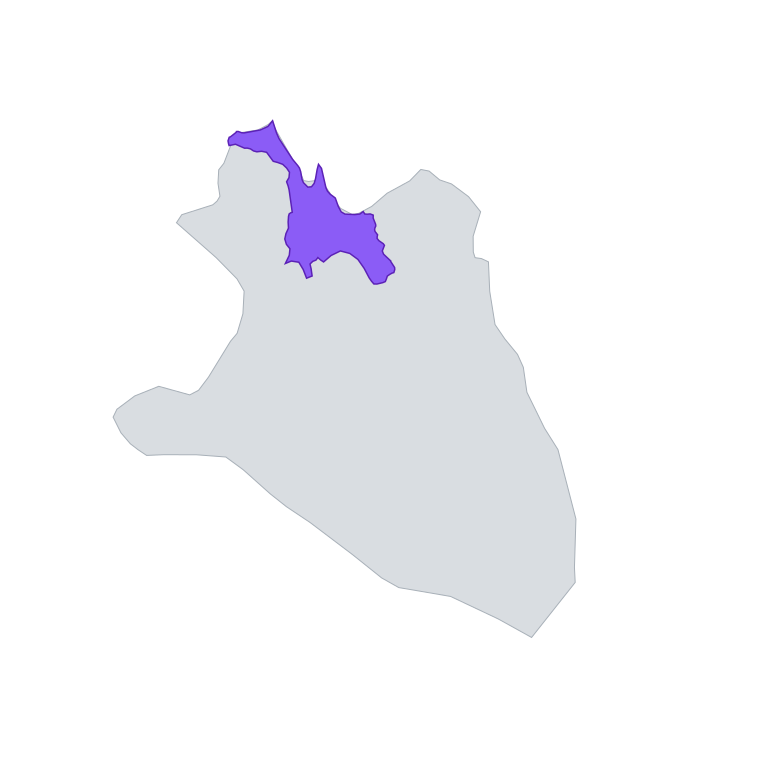 where Muyinga sits in Burundi, rotated 307°
{"feature_id": "BDI-2644", "entity_name": "Muyinga", "entity_type": "Province", "adm_level": 1, "iso_a3": "BDI", "parent_name": "Burundi", "parent_adm1": "", "projection": "robinson", "projection_center": [30.357, -2.724], "detail": "fine", "context": "in_parent", "style": "filled", "palette": "violet", "viewbox_px": 768, "rotation_deg": 307, "n_neighbors": 0, "source": "natural_earth", "source_scale": "10m", "svg_char_len": 2597}
<svg xmlns="http://www.w3.org/2000/svg" viewBox="0 0 768 768"><g transform="rotate(307 384 384)"><path d="M527.0,136.5L522.5,143.1L502.1,190.4L498.1,197.5L500.4,201.9L509.1,210.8L504.0,225.7L501.9,229.7L498.1,243.6L500.2,256.4L505.1,261.1L518.4,267.3L538.3,271.7L561.7,282.3L577.5,284.3L581.2,291.9L580.5,305.6L584.4,317.5L584.5,338.8L579.7,357.5L555.6,366.3L543.1,375.9L539.7,380.7L542.8,386.3L544.4,393.9L521.7,412.6L498.3,436.9L492.7,453.4L488.0,472.8L481.2,485.2L463.4,503.1L445.2,539.0L436.3,562.4L391.7,618.5L352.1,646.5L340.6,656.1L270.4,654.4L265.1,616.6L254.4,565.0L230.3,518.3L227.7,498.8L228.8,461.2L228.9,408.3L227.3,379.9L227.8,359.2L230.8,323.1L230.5,301.6L214.6,276.8L194.8,250.4L184.1,237.4L183.5,227.0L183.6,217.4L186.7,203.3L194.5,187.6L203.1,185.9L224.4,192.1L246.6,205.5L258.4,235.4L267.4,239.7L283.8,239.7L325.7,235.7L336.1,236.2L355.1,229.1L374.0,216.4L379.5,203.3L383.9,174.0L387.9,121.2L397.5,120.6L424.0,139.4L429.6,140.6L435.2,140.0L444.4,130.6L455.6,123.1L463.9,123.3L494.6,114.5L511.0,130.4L521.5,135.3L527.0,136.5Z" fill="#d9dde1" stroke="#a8b0b8" stroke-width="1"/><path d="M487.9,111.9L489.0,112.6L496.1,114.5L496.8,114.2L497.9,115.5L499.0,119.1L500.3,121.1L512.4,132.3L519.9,136.3L527.2,136.6L519.8,147.1L516.8,152.5L508.4,175.8L506.5,183.8L505.6,186.5L503.4,189.7L498.1,195.4L496.3,198.5L495.4,204.7L497.9,207.4L502.2,207.5L506.9,205.7L514.9,201.6L520.0,199.5L518.6,204.3L505.8,219.5L504.0,222.8L503.2,226.8L503.2,233.2L498.3,240.6L495.7,246.2L496.2,250.6L501.8,258.8L505.2,262.4L509.2,263.6L508.2,266.4L509.5,268.4L511.5,270.6L512.4,273.7L512.3,273.8L510.0,275.5L506.5,281.2L505.2,282.4L503.2,282.8L501.5,283.7L500.4,285.1L499.3,289.1L497.7,289.8L496.1,290.9L495.4,293.7L495.6,299.0L495.0,300.9L489.2,302.6L487.4,305.6L486.3,315.4L485.9,315.6L483.4,322.4L481.9,323.7L478.9,324.8L477.4,323.7L475.2,322.7L472.2,321.7L469.3,322.7L466.6,323.4L464.3,322.1L459.6,318.2L457.8,315.7L458.6,312.1L459.8,308.4L464.4,298.6L467.8,288.2L467.7,278.1L464.0,269.1L454.8,264.4L445.1,262.3L444.9,258.7L445.2,255.1L442.0,255.1L439.1,253.3L435.3,252.7L432.1,256.5L427.0,261.6L421.9,258.5L426.8,250.6L430.0,242.7L426.4,236.0L420.9,232.7L429.8,230.9L435.4,227.5L436.8,222.0L440.1,217.5L445.1,215.2L451.0,213.9L455.6,210.0L460.5,206.8L462.8,205.9L464.6,206.5L465.9,207.4L481.9,191.4L484.5,188.2L486.9,184.5L491.7,183.9L496.2,181.1L497.9,176.2L498.5,170.9L496.9,165.7L495.2,161.5L498.4,150.8L496.2,146.2L492.9,142.7L491.6,139.5L491.4,135.8L490.1,132.8L488.4,130.7L486.1,121.1L481.2,116.8L482.2,115.4L484.3,113.1L487.9,111.9Z" fill="#8b5cf6" stroke="#5b21b6" stroke-width="1.5"/></g></svg>